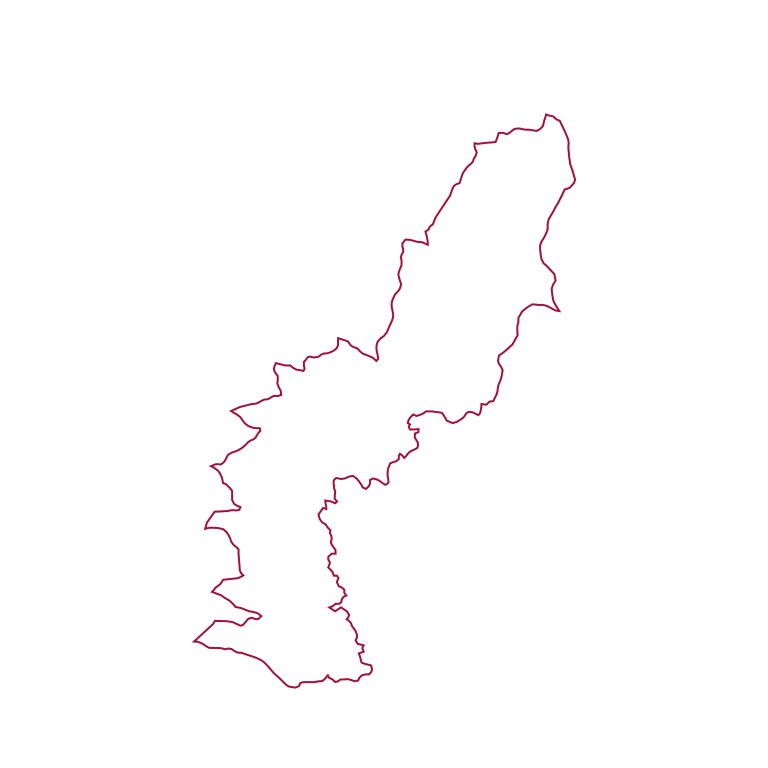 Santo Afonso, Mato Grosso, Brazil (Natural Earth projection), rotated 296°
{"feature_id": "56859067B75409750219852", "entity_name": "Santo Afonso", "entity_type": "district", "adm_level": 2, "iso_a3": "BRA", "parent_name": "Brazil", "parent_adm1": "Mato Grosso", "projection": "natural_earth1", "projection_center": [-57.378, -14.443], "detail": "fine", "context": "isolated", "style": "outline", "palette": "rose", "viewbox_px": 768, "rotation_deg": 296, "n_neighbors": 0, "source": "geoboundaries", "source_scale": "gbopen_adm2", "svg_char_len": 6125}
<svg xmlns="http://www.w3.org/2000/svg" viewBox="0 0 768 768"><g transform="rotate(296 384 384)"><path d="M659.8,377.1L655.3,377.8L650.5,378.2L648.5,375.2L645.0,369.1L640.9,363.0L640.1,359.9L637.7,360.9L635.5,362.7L632.9,365.8L628.6,366.4L625.6,365.9L622.9,366.5L619.8,365.5L616.9,364.2L614.6,363.5L608.5,362.5L605.6,362.7L597.7,363.9L595.2,361.4L592.7,360.1L590.0,359.9L582.4,360.8L556.0,357.3L549.1,357.9L545.3,356.1L542.4,356.4L539.2,354.4L535.5,357.7L530.8,361.1L528.3,362.3L528.2,356.4L526.3,351.3L525.8,348.4L524.8,343.8L523.2,340.0L518.3,338.9L515.6,340.3L513.4,342.2L511.1,343.4L508.2,343.1L505.0,343.7L503.1,345.4L500.1,346.9L497.9,347.8L495.0,347.8L489.0,348.7L486.9,350.2L481.1,355.7L478.1,356.3L475.3,356.4L472.2,355.6L469.6,354.7L463.6,354.7L459.9,355.5L456.7,357.1L451.0,361.5L447.7,363.0L443.2,363.5L437.2,363.6L432.1,363.9L426.9,362.8L423.9,361.1L419.3,359.7L415.8,360.3L412.8,361.5L410.2,363.2L407.0,365.8L403.9,367.7L401.4,367.0L402.7,362.4L402.6,358.1L402.1,353.7L402.1,350.9L403.0,347.8L404.3,344.7L403.9,341.0L403.9,337.9L405.0,335.5L406.5,332.8L405.1,322.7L398.7,325.7L395.5,325.8L392.4,324.5L389.8,322.6L386.7,319.6L385.0,316.5L382.8,314.6L380.4,313.6L378.7,311.8L376.9,309.0L376.4,305.8L374.7,303.7L371.5,303.2L368.8,302.3L365.2,304.1L363.0,305.9L360.5,305.9L358.5,298.7L358.7,294.9L359.6,291.7L358.3,289.0L357.2,286.5L355.4,277.7L352.0,277.8L348.8,278.6L346.3,281.5L344.8,284.8L341.3,286.7L338.0,287.7L335.4,290.3L332.5,294.3L329.1,296.4L326.6,293.8L325.2,290.3L323.0,288.7L320.6,287.2L318.8,285.5L317.5,283.2L315.3,281.4L312.4,279.4L310.2,277.5L308.1,274.0L300.0,264.4L292.7,258.4L292.2,262.1L292.1,265.0L291.3,269.2L287.8,275.7L286.8,279.7L287.0,283.7L287.6,286.9L289.8,291.8L287.5,293.4L284.9,292.5L279.0,292.0L276.6,290.6L274.4,288.6L272.1,287.4L267.8,286.0L263.8,284.1L260.2,281.8L255.2,276.9L252.3,275.0L249.7,274.7L247.1,274.8L243.7,274.4L240.2,272.7L238.3,268.1L234.3,264.5L234.2,268.1L233.3,272.8L232.1,275.2L229.2,279.1L224.3,282.9L224.8,285.6L222.8,291.5L221.4,294.3L213.1,298.4L210.5,302.0L210.2,305.4L210.4,309.0L207.5,309.1L205.7,306.9L204.7,304.2L203.2,301.5L201.2,299.0L199.8,296.4L196.7,291.0L195.1,287.8L181.6,285.6L175.4,286.8L178.0,289.7L179.7,292.9L181.9,298.3L183.0,303.2L181.7,308.0L178.2,313.0L175.5,315.5L173.3,319.6L172.8,322.6L171.7,325.7L167.8,327.6L153.2,336.2L151.3,338.5L150.3,341.5L145.6,338.1L137.5,325.2L132.3,324.6L126.7,321.7L124.3,321.4L121.8,320.6L122.7,330.6L122.1,333.7L121.5,340.4L119.7,345.8L118.5,348.1L120.0,354.0L120.6,362.5L121.7,365.9L122.6,370.9L121.6,375.5L117.4,373.9L116.3,371.3L115.9,367.5L113.4,364.9L105.6,362.9L103.8,360.8L103.7,352.7L102.1,347.2L97.0,335.9L93.3,335.6L69.3,326.2L70.7,329.7L71.0,334.9L70.3,340.0L70.3,342.7L72.1,346.7L73.7,349.8L75.3,353.9L76.0,357.7L77.8,359.6L79.0,362.9L78.3,367.5L78.5,370.4L79.9,373.7L80.5,378.7L81.7,387.0L81.9,391.1L81.9,395.2L81.2,398.6L80.3,401.2L77.1,409.0L75.9,411.5L73.8,418.9L70.6,428.5L70.4,431.2L72.2,437.3L75.3,440.1L78.3,439.8L80.6,442.0L85.4,451.9L87.7,455.0L89.9,458.7L93.0,460.1L97.6,461.2L95.9,463.4L95.9,467.1L94.8,470.8L96.3,472.8L99.2,474.3L103.1,481.4L104.1,488.3L106.2,490.8L108.8,490.6L112.3,491.7L115.2,495.1L116.3,497.7L118.9,498.7L122.1,498.5L125.4,495.8L124.1,489.7L123.8,485.9L128.3,482.1L130.8,479.5L134.5,483.1L137.2,480.2L140.2,480.2L138.9,474.3L141.2,470.8L144.1,470.9L146.8,469.6L149.7,466.5L151.1,463.9L152.3,461.5L154.6,459.1L155.7,456.6L156.2,453.5L158.7,454.2L161.2,453.9L163.4,450.3L164.4,443.3L158.3,439.7L158.7,436.4L159.2,432.8L161.7,435.2L165.1,436.8L167.0,440.2L169.2,441.3L171.9,440.5L175.1,441.0L177.2,442.9L179.1,439.7L181.7,438.6L182.6,435.2L182.4,432.0L185.5,428.3L189.4,428.3L191.1,425.7L189.7,423.1L192.7,419.8L194.7,414.3L199.8,413.8L201.8,410.8L204.5,409.7L208.6,411.4L210.3,414.9L213.7,413.0L216.0,408.6L218.1,405.7L221.6,405.0L224.4,403.3L226.3,400.7L229.1,399.9L230.3,396.4L232.3,392.8L232.6,388.8L234.5,385.4L238.0,382.3L242.3,383.0L245.8,383.5L246.3,387.0L248.7,385.7L250.9,383.9L253.5,382.3L255.2,387.8L255.4,392.4L257.8,393.3L259.3,389.9L263.3,388.2L266.2,387.2L268.2,384.9L270.7,383.6L272.7,382.2L275.5,381.1L278.5,382.1L279.9,387.2L282.1,390.4L285.1,392.8L287.8,396.3L286.9,401.3L285.2,404.9L283.4,407.9L281.7,410.2L281.8,413.8L285.8,415.3L288.9,414.9L291.6,413.5L294.3,415.5L295.1,419.9L295.0,422.6L294.3,425.8L294.0,429.7L297.3,431.2L300.0,429.8L302.7,427.7L305.8,426.1L309.3,424.8L312.5,424.6L315.3,424.3L317.4,426.1L319.9,428.8L322.9,430.2L325.9,428.8L328.3,428.9L327.8,431.8L326.4,434.5L328.7,435.5L331.3,435.8L335.0,437.2L337.8,439.6L340.8,441.8L343.5,441.7L346.2,440.0L349.6,434.9L353.2,433.6L355.8,436.0L358.6,434.8L356.4,431.1L354.5,427.3L356.5,424.9L359.0,425.2L359.4,422.4L362.4,421.9L365.5,422.3L369.4,423.6L369.5,427.2L372.1,430.0L374.5,432.0L377.9,433.9L380.7,439.8L381.6,443.2L382.7,445.8L383.4,448.9L381.6,452.1L378.6,456.5L378.9,462.8L382.1,466.2L385.0,468.1L388.7,470.1L393.9,470.9L396.1,472.3L397.4,475.8L397.4,482.5L399.8,483.1L402.8,482.5L405.6,481.7L408.7,480.4L410.4,485.2L414.3,486.4L416.6,489.8L419.8,489.7L423.5,489.8L426.8,489.3L431.4,487.7L434.3,487.2L437.8,487.2L442.1,486.4L448.4,484.6L450.8,481.6L452.9,477.9L455.2,476.2L460.0,474.9L464.5,477.4L469.2,479.5L473.0,480.9L475.6,482.1L484.0,482.5L486.4,482.8L490.4,480.4L494.7,478.3L497.8,477.9L502.5,475.8L510.0,476.4L516.3,479.5L520.6,482.4L522.0,485.8L522.9,488.6L524.6,491.7L525.5,495.4L525.6,498.2L525.2,505.6L526.4,509.6L530.9,502.5L533.1,499.7L537.6,496.4L543.1,492.9L548.0,492.4L552.2,492.9L557.4,489.0L561.7,477.7L562.4,474.7L565.4,470.6L571.3,466.6L574.0,465.0L576.7,463.7L580.0,463.1L587.0,463.7L591.1,463.7L595.1,463.2L599.5,460.9L604.4,459.8L614.2,460.6L618.3,460.6L622.3,461.1L630.6,461.2L638.1,461.1L640.1,463.4L642.0,465.0L647.6,466.6L651.4,466.2L658.3,460.0L663.7,454.5L666.3,453.0L668.6,451.3L673.9,448.1L677.4,446.0L681.6,444.3L684.6,442.3L690.2,436.0L697.6,426.6L697.4,423.1L698.7,418.5L697.7,414.9L697.3,411.5L694.3,412.2L691.1,412.5L688.7,413.1L685.2,413.7L681.6,412.5L678.3,410.2L676.3,403.3L674.4,399.1L673.0,393.8L671.7,391.1L669.9,389.1L664.5,386.6L662.3,384.7L661.9,380.6L659.8,377.1Z" fill="none" stroke="#9f1239" stroke-width="2"/></g></svg>